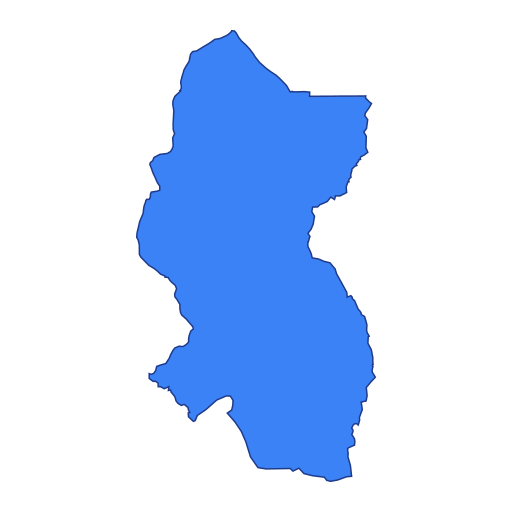 the district of Todee, Montserrado, Liberia
{"feature_id": "62588387B18343621802172", "entity_name": "Todee", "entity_type": "district", "adm_level": 2, "iso_a3": "LBR", "parent_name": "Liberia", "parent_adm1": "Montserrado", "projection": "natural_earth1", "projection_center": [-10.474, 6.631], "detail": "fine", "context": "isolated", "style": "filled", "palette": "blue", "viewbox_px": 512, "rotation_deg": 0, "n_neighbors": 0, "source": "geoboundaries", "source_scale": "gbopen_adm2", "svg_char_len": 5692}
<svg xmlns="http://www.w3.org/2000/svg" viewBox="0 0 512 512"><path d="M351.6,476.3L350.4,465.4L349.7,463.0L347.9,456.8L348.0,456.0L348.1,452.5L347.7,451.6L347.7,449.2L347.6,448.4L348.9,447.6L353.4,445.6L354.4,445.1L354.5,445.1L354.6,443.6L354.9,441.7L354.7,440.4L354.5,438.9L353.4,437.0L352.9,436.2L351.8,434.7L352.4,433.1L353.0,431.5L353.0,430.9L352.9,430.3L352.8,429.6L352.3,428.9L352.1,428.8L351.7,428.4L351.7,428.2L352.0,427.5L353.0,425.3L354.0,424.3L354.3,424.0L355.5,423.7L355.8,423.6L357.6,424.2L358.1,425.0L358.6,423.9L359.6,420.2L359.6,419.6L359.4,417.4L362.3,409.6L361.2,402.1L362.8,401.8L363.7,401.4L365.1,401.2L365.6,401.1L365.8,401.2L366.3,400.0L367.1,395.7L366.3,387.5L370.5,382.4L371.2,381.6L374.2,378.4L375.3,377.2L374.7,376.1L372.9,373.2L372.2,372.0L372.2,370.0L372.4,368.6L372.5,368.3L373.0,366.2L372.4,365.8L372.5,364.6L373.1,364.3L372.8,361.8L372.8,361.7L372.8,358.7L372.8,357.5L372.3,354.9L371.3,349.7L371.2,349.5L368.6,344.6L368.1,343.7L368.0,343.1L367.9,342.6L368.1,339.3L368.2,336.8L369.2,336.2L368.1,334.3L367.3,333.0L366.6,330.3L366.9,325.0L366.9,324.8L366.0,321.3L365.2,318.6L364.9,317.4L364.7,316.8L364.2,316.2L362.4,315.3L361.3,314.3L361.0,312.7L360.0,311.2L358.1,309.0L357.1,306.6L354.5,300.5L353.6,299.8L352.4,298.9L352.2,297.2L350.9,295.7L348.5,296.6L347.2,297.1L346.8,292.4L344.2,287.6L343.9,287.1L342.7,284.9L341.0,281.7L340.5,280.9L336.5,273.7L336.2,272.5L335.3,269.6L335.1,268.9L333.1,266.6L331.9,265.1L331.4,264.5L330.0,262.8L325.1,261.6L324.0,261.4L322.1,260.5L318.5,259.0L317.5,258.8L313.4,258.1L312.1,257.8L312.0,257.0L311.2,253.8L310.9,253.1L310.8,252.7L310.6,252.2L309.5,249.8L308.4,247.5L307.8,246.2L307.9,242.8L308.0,241.8L308.3,241.8L308.6,241.0L309.4,237.9L309.5,237.7L310.0,236.6L308.0,233.3L311.2,229.0L313.3,223.8L313.5,222.2L314.4,216.9L314.5,216.2L313.7,214.9L311.8,211.7L311.9,211.2L312.2,209.5L312.6,207.1L317.7,206.9L319.8,204.7L320.4,204.5L321.4,204.1L323.3,203.3L323.8,203.1L327.4,201.4L327.8,200.8L330.8,197.1L334.5,199.5L335.5,195.9L340.0,195.9L340.4,195.7L343.5,194.1L344.2,193.8L345.2,193.3L346.6,192.5L346.2,186.8L348.0,181.8L349.0,181.8L348.7,180.6L349.3,178.7L351.0,177.3L350.7,175.0L351.8,170.7L352.0,169.0L354.6,166.4L356.9,165.4L356.2,164.0L358.4,161.4L358.8,159.9L360.5,159.4L360.2,158.2L360.8,156.8L361.3,156.5L363.8,155.2L364.3,155.0L365.1,154.3L367.8,152.3L366.1,148.2L365.9,147.6L366.0,145.9L366.0,145.7L366.1,142.3L366.1,141.9L366.2,140.1L366.2,138.2L366.3,136.7L366.3,136.3L365.4,134.7L364.3,132.8L363.8,132.0L364.0,131.8L366.5,128.5L367.7,119.7L367.4,119.3L366.0,117.3L365.2,116.2L364.8,115.7L365.4,113.0L369.1,107.8L371.5,103.5L371.0,103.1L369.3,101.9L368.9,101.4L365.6,98.1L365.7,96.3L365.7,95.9L365.2,96.0L349.2,96.1L340.3,96.1L331.5,96.2L309.6,96.3L309.7,92.1L305.2,91.7L304.1,91.6L296.6,91.9L292.7,91.8L292.2,91.3L290.2,92.0L287.8,87.8L286.5,85.5L284.5,83.4L279.7,78.5L276.2,75.3L271.0,71.9L266.2,68.4L259.6,62.5L255.0,56.7L253.4,54.0L252.2,52.4L250.0,49.5L245.9,45.0L242.8,42.2L241.5,41.0L239.0,37.9L236.6,33.7L236.3,33.1L235.0,31.6L234.5,31.0L233.5,30.9L231.7,30.7L231.0,32.0L229.5,33.4L226.9,35.4L223.3,37.0L222.3,37.5L220.0,38.5L214.7,39.4L209.4,43.2L203.0,47.0L196.7,50.9L192.6,51.6L190.5,54.3L190.4,55.0L190.0,56.7L189.1,61.4L185.9,66.4L183.9,70.1L183.3,72.5L181.8,77.3L181.7,78.1L180.9,80.9L180.7,83.2L181.0,84.2L181.2,85.0L181.3,88.2L180.4,90.2L179.9,90.5L180.6,91.0L175.4,95.8L174.7,96.6L174.6,96.9L173.0,100.9L172.8,104.2L172.9,104.8L173.5,108.8L173.6,109.5L173.8,110.7L173.1,124.3L173.1,124.8L173.2,127.3L173.2,129.5L174.2,132.5L174.6,133.5L172.9,137.5L172.7,137.8L173.1,144.6L173.2,146.3L172.4,147.9L172.1,149.3L171.2,150.3L170.6,151.5L169.4,152.2L169.1,152.5L168.7,152.5L167.6,153.4L159.8,154.4L155.6,156.6L154.2,157.3L153.9,157.7L153.6,158.3L153.5,158.7L152.7,160.7L150.4,162.5L149.8,164.5L150.5,166.0L150.7,166.5L151.9,169.7L152.2,170.8L153.7,174.6L153.9,174.8L155.1,177.4L157.4,182.7L159.6,185.9L159.7,186.5L159.8,188.7L159.8,190.0L159.4,190.3L157.5,191.1L151.3,192.1L151.0,192.7L150.5,193.9L150.3,197.0L149.2,199.4L146.7,199.3L145.8,200.6L145.3,202.9L145.2,203.2L144.5,204.7L143.8,207.6L143.1,213.5L140.5,219.6L139.7,221.5L138.2,228.1L137.1,232.6L137.0,233.7L136.7,237.3L137.3,238.4L138.1,239.8L139.3,244.7L139.4,254.5L141.0,257.3L145.3,261.7L149.0,265.5L149.5,265.7L154.3,268.6L156.5,270.4L156.8,270.6L157.6,271.3L160.5,274.1L164.9,276.0L165.0,277.2L168.0,277.4L169.8,280.2L171.7,282.3L174.1,284.3L175.2,285.3L176.6,288.7L174.6,294.1L175.0,297.0L177.1,299.6L178.5,302.1L179.9,304.5L179.9,308.7L180.5,312.4L181.7,315.0L186.3,319.1L188.4,321.6L192.1,325.9L192.8,326.6L193.3,329.0L190.8,331.0L189.3,335.1L188.6,338.4L188.6,338.9L188.6,342.0L186.3,344.5L182.9,346.6L179.1,346.2L175.5,347.7L174.7,348.1L172.9,350.5L170.7,354.6L170.5,355.0L169.3,358.2L167.5,360.9L166.2,362.9L165.8,363.5L160.6,365.0L156.7,366.4L155.7,370.5L153.6,373.5L151.1,374.3L149.2,373.6L149.2,378.5L153.0,381.3L155.5,381.3L158.1,383.1L158.2,386.7L160.6,386.7L162.7,387.9L164.2,388.7L168.8,386.7L168.4,390.5L170.6,390.0L171.1,392.1L173.2,394.6L174.9,396.7L176.0,400.8L178.0,403.4L178.8,403.9L181.3,405.4L184.2,404.4L188.0,407.5L188.5,410.3L189.8,412.4L188.2,412.9L188.5,416.8L193.4,421.4L195.2,420.6L197.4,415.4L205.9,409.6L215.3,401.3L216.8,400.0L226.3,395.9L230.3,396.1L233.0,400.2L232.9,403.8L232.8,405.1L231.7,410.0L227.3,413.1L231.1,417.5L235.1,422.1L238.3,426.9L240.0,429.4L241.3,431.4L245.8,441.7L246.7,444.6L250.5,456.9L257.4,466.8L258.0,467.6L266.0,468.9L277.9,468.7L283.3,468.6L290.2,468.5L291.4,469.6L292.9,471.1L298.9,468.2L304.0,473.6L312.5,475.7L313.3,475.8L324.3,477.2L324.7,477.7L325.5,478.7L326.7,480.3L330.5,481.3L337.6,480.0L346.5,476.8L351.6,476.3Z" fill="#3b82f6" stroke="#1e3a8a" stroke-width="1.5"/></svg>